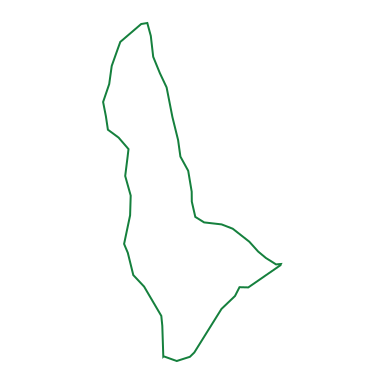 Suhag-2, Suhaj, Egypt (Mercator projection)
{"feature_id": "37247803B53988405424911", "entity_name": "Suhag-2", "entity_type": "district", "adm_level": 2, "iso_a3": "EGY", "parent_name": "Egypt", "parent_adm1": "Suhaj", "projection": "mercator", "projection_center": [31.705, 26.543], "detail": "fine", "context": "isolated", "style": "outline", "palette": "green", "viewbox_px": 384, "rotation_deg": 0, "n_neighbors": 0, "source": "geoboundaries", "source_scale": "gbopen_adm2", "svg_char_len": 835}
<svg xmlns="http://www.w3.org/2000/svg" viewBox="0 0 384 384"><path d="M163.3,356.6L163.6,356.3L176.7,361.0L189.9,356.8L194.3,352.5L221.5,308.9L235.0,296.0L239.5,287.2L248.3,287.4L278.0,266.9L280.5,265.2L280.7,264.4L280.9,264.0L276.0,264.4L273.7,262.9L265.9,258.0L258.1,251.5L249.3,241.7L232.7,228.7L221.6,224.4L204.1,222.4L195.8,217.2L195.5,217.1L195.3,216.9L191.8,201.6L191.7,191.7L188.2,170.8L180.4,156.6L179.5,150.2L178.1,140.1L172.4,117.0L166.6,87.4L159.9,73.2L153.2,56.8L150.8,35.9L147.3,23.0L141.2,24.0L120.3,41.9L117.7,49.1L112.2,64.6L111.9,65.4L111.7,66.1L109.2,84.1L103.1,102.0L105.9,116.3L107.9,129.7L118.6,137.6L128.5,149.1L127.6,156.8L125.2,176.0L130.7,195.6L130.1,215.3L124.1,243.9L125.1,246.4L127.8,252.8L133.3,275.1L144.1,286.6L161.3,315.9L162.3,325.8L163.3,356.6Z" fill="none" stroke="#15803d" stroke-width="2"/></svg>